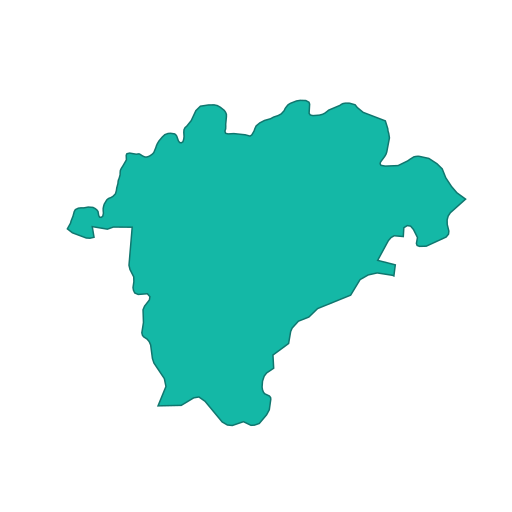 SVG path tracing the border of Ávila, rotated 194°
{"feature_id": "ESP-5806", "entity_name": "Ávila", "entity_type": "Autonomous Community", "adm_level": 1, "iso_a3": "ESP", "parent_name": "Spain", "parent_adm1": "", "projection": "mercator", "projection_center": [-4.824, 40.625], "detail": "fine", "context": "isolated", "style": "filled", "palette": "teal", "viewbox_px": 512, "rotation_deg": 194, "n_neighbors": 0, "source": "natural_earth", "source_scale": "10m", "svg_char_len": 3184}
<svg xmlns="http://www.w3.org/2000/svg" viewBox="0 0 512 512"><g transform="rotate(194 256 256)"><path d="M329.9,392.6L326.6,391.7L322.0,389.6L320.3,388.1L319.0,386.3L318.4,384.0L317.3,376.6L316.7,374.4L316.2,372.0L316.4,369.7L315.2,367.7L312.6,367.7L307.2,369.4L295.8,371.0L290.8,370.9L289.4,372.4L288.1,376.8L287.9,379.3L287.3,382.3L284.5,386.1L280.5,389.6L275.1,392.7L272.6,395.0L268.4,397.7L265.9,400.0L263.8,403.9L263.4,406.2L262.4,408.6L261.4,410.6L259.5,412.5L254.3,416.2L250.8,417.7L245.3,418.9L241.8,418.0L240.7,416.3L239.0,407.3L237.4,405.9L234.7,406.0L228.6,408.0L225.7,409.6L223.8,411.2L221.8,413.7L220.8,415.1L210.8,422.6L209.9,423.8L208.4,425.0L206.1,426.0L202.2,426.9L196.4,426.7L193.7,424.6L186.8,421.3L163.2,418.4L159.0,411.5L158.1,409.1L156.9,407.1L155.1,402.9L154.3,388.6L154.5,386.2L155.2,383.8L157.9,377.3L157.9,375.5L156.7,374.2L152.3,374.5L140.0,378.1L131.8,385.0L130.1,387.0L126.8,390.4L124.9,391.3L122.9,392.0L121.4,392.2L111.9,392.5L102.7,389.3L96.4,385.6L90.8,377.8L83.2,370.8L76.3,365.9L66.4,361.9L77.9,345.0L79.2,341.3L79.3,337.3L78.1,332.9L74.9,326.8L74.5,323.8L76.1,320.4L93.2,306.7L99.7,304.9L102.2,305.2L103.4,307.0L103.8,313.0L109.6,319.8L113.2,322.4L116.6,322.1L119.4,319.2L117.8,310.5L126.8,309.1L129.5,306.5L131.3,302.9L136.9,281.2L118.7,281.1L117.4,270.0L118.8,270.3L134.3,268.9L142.5,264.8L149.3,258.3L154.7,240.9L183.5,219.9L189.9,209.6L199.1,203.0L203.5,194.8L204.1,191.1L203.2,179.0L215.6,164.0L211.7,151.4L217.4,145.1L219.0,141.4L219.4,136.2L218.4,130.3L217.3,127.7L215.7,125.5L214.1,124.4L209.1,123.4L207.6,122.2L207.0,120.6L205.9,110.0L207.3,104.5L212.3,94.3L216.6,91.5L219.9,90.5L228.1,92.2L238.0,85.8L242.9,85.1L248.7,86.8L270.3,102.7L277.3,105.4L282.1,103.3L292.4,93.0L314.8,86.9L311.8,107.6L315.3,114.9L329.1,127.4L331.7,131.5L336.7,144.2L338.9,147.1L341.7,149.1L345.5,150.4L347.0,151.6L348.2,153.9L349.1,164.2L352.6,176.5L352.0,180.4L348.8,187.6L349.1,190.9L352.3,193.1L361.0,190.2L364.7,190.8L366.6,193.1L367.7,195.6L368.3,201.6L369.6,206.2L375.0,212.4L377.0,216.3L383.1,254.0L401.4,249.6L406.7,246.1L422.0,244.9L417.7,235.0L421.4,233.1L425.1,232.4L439.8,234.1L445.6,236.7L443.9,243.0L443.9,245.2L443.2,250.3L443.1,255.1L442.5,257.3L440.0,259.4L437.4,260.4L434.8,261.0L430.6,262.9L426.0,263.7L423.8,263.2L421.7,262.3L420.1,261.0L418.4,257.2L417.1,255.8L415.4,256.1L414.3,257.7L414.4,260.6L415.2,262.9L415.8,265.2L415.9,267.4L415.8,269.6L414.7,273.2L414.3,274.4L413.6,275.4L412.7,276.4L410.9,277.6L409.1,279.4L407.4,282.4L407.3,285.7L407.6,288.4L407.5,293.0L407.8,294.8L407.9,296.4L407.6,298.1L407.5,302.0L408.0,304.1L408.3,306.2L407.9,308.4L407.0,311.0L405.0,317.9L406.3,322.4L406.0,324.0L403.5,325.3L396.7,325.8L394.9,326.6L393.9,326.8L392.4,326.4L391.1,325.9L389.1,325.4L387.5,325.2L386.0,325.6L384.6,326.4L383.2,327.5L381.2,329.8L380.2,331.6L379.4,337.0L379.3,338.8L378.9,341.1L378.0,344.1L375.7,348.8L373.8,351.7L371.0,353.6L368.6,354.4L364.5,354.8L363.3,354.3L361.9,353.1L359.2,349.0L357.5,347.6L355.8,347.8L354.5,349.2L354.4,352.1L354.7,354.5L356.0,358.6L356.4,361.1L355.9,363.4L354.6,365.2L351.6,371.7L349.5,382.5L346.2,387.9L338.8,391.0L333.2,392.5L329.9,392.6Z" fill="#14b8a6" stroke="#0f766e" stroke-width="1.5"/></g></svg>